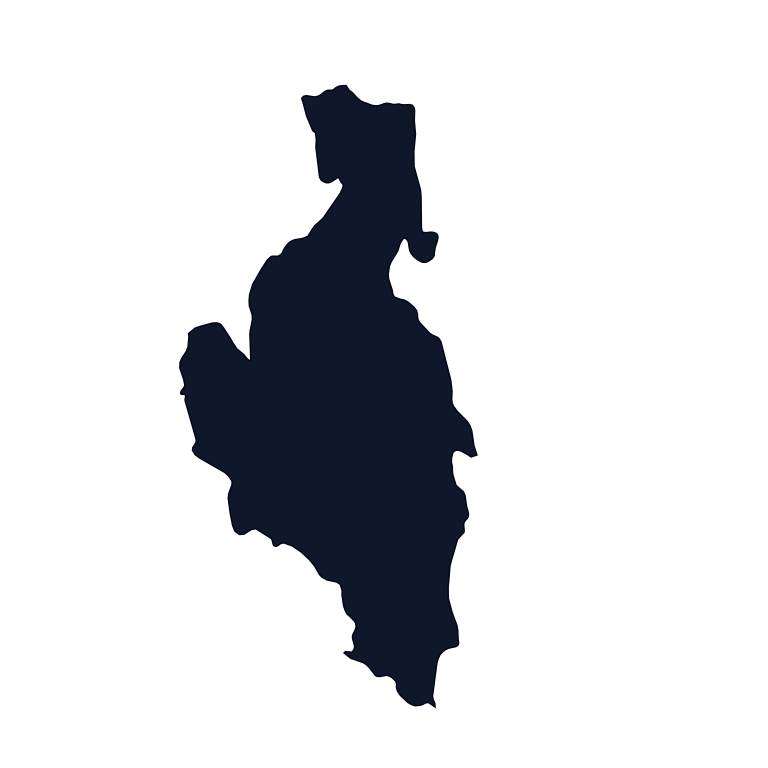 outline of Nagaland, rotated 130°
{"feature_id": "IND-2479", "entity_name": "Nagaland", "entity_type": "State", "adm_level": 1, "iso_a3": "IND", "parent_name": "India", "parent_adm1": "", "projection": "mercator", "projection_center": [94.35, 26.119], "detail": "fine", "context": "isolated", "style": "filled", "palette": "ink", "viewbox_px": 768, "rotation_deg": 130, "n_neighbors": 0, "source": "natural_earth", "source_scale": "10m", "svg_char_len": 4299}
<svg xmlns="http://www.w3.org/2000/svg" viewBox="0 0 768 768"><g transform="rotate(130 384 384)"><path d="M615.7,241.7L613.8,241.5L609.9,235.9L605.5,236.6L603.2,238.5L599.8,243.6L597.8,245.8L595.4,246.9L590.1,248.2L587.9,249.3L585.6,251.8L584.7,253.8L583.9,261.6L584.0,263.3L583.7,265.1L582.4,268.1L579.9,272.3L572.7,280.4L569.0,283.4L565.6,288.7L566.1,293.0L570.8,301.9L571.8,307.1L571.4,311.1L568.0,320.2L566.4,328.7L565.9,339.5L567.0,350.3L570.0,358.4L571.9,360.2L573.9,361.0L575.9,361.4L577.8,362.5L578.7,364.6L577.5,366.6L575.8,368.7L574.8,371.0L577.2,389.1L580.5,392.0L589.1,394.8L592.2,398.1L592.5,403.7L589.6,409.1L582.0,418.5L571.8,429.7L567.8,432.4L558.7,435.7L555.9,438.2L554.3,444.1L554.1,449.3L559.1,477.1L559.5,483.2L557.9,488.0L555.8,489.5L550.6,490.2L548.3,491.1L546.5,493.2L524.7,525.5L523.8,526.4L521.2,527.8L520.3,528.7L520.1,530.1L522.1,532.6L521.9,533.8L519.6,534.9L514.8,535.0L512.7,535.9L509.2,540.4L503.0,550.6L498.7,554.0L494.2,555.4L485.8,556.4L481.1,558.2L473.2,563.8L471.0,566.1L470.9,566.1L462.7,564.6L458.7,562.3L447.4,554.4L444.5,551.1L443.3,548.1L443.6,545.1L447.9,530.9L449.7,526.2L451.7,519.2L451.6,510.2L452.5,506.5L452.7,504.4L452.5,501.9L451.6,501.4L450.3,502.3L432.2,518.6L428.8,520.9L418.9,526.4L415.8,529.3L410.7,537.3L407.1,540.7L402.0,544.3L392.2,548.6L374.4,551.8L364.1,553.0L360.6,552.7L358.7,552.2L358.2,551.9L357.8,551.6L356.3,549.8L355.0,547.9L353.0,546.8L349.9,546.0L343.9,547.5L340.0,547.7L336.7,547.6L333.7,546.6L330.7,545.0L325.8,540.6L323.1,538.9L319.8,537.3L312.4,538.2L307.5,538.8L296.3,537.2L265.6,540.1L260.3,541.7L257.5,543.2L257.2,545.1L256.6,547.4L255.2,550.8L255.0,551.7L255.0,551.8L255.5,552.1L263.1,554.4L265.2,555.6L266.7,557.3L267.6,559.5L268.1,561.7L268.1,563.3L266.9,566.3L246.4,588.3L240.3,592.9L235.5,597.9L235.7,599.1L235.6,601.6L228.3,615.7L220.1,627.3L219.1,629.2L217.7,630.7L215.4,630.5L213.1,628.9L209.9,623.5L208.3,621.2L206.1,619.6L203.4,618.4L197.9,617.3L195.8,616.3L194.3,614.9L192.4,612.6L191.8,612.2L190.7,611.8L189.2,611.6L187.4,611.1L185.6,610.3L184.0,609.3L181.7,607.0L179.8,604.9L181.4,599.4L181.2,595.3L182.1,588.4L182.1,583.8L181.1,580.0L180.0,577.5L178.5,572.8L177.0,570.1L174.6,567.3L171.9,565.5L169.3,564.1L167.0,562.2L165.5,559.8L164.1,556.9L162.6,555.0L161.0,553.7L160.1,552.7L159.6,552.1L159.5,551.6L158.5,549.8L157.1,547.8L153.5,543.9L152.3,541.6L152.9,538.8L154.7,536.5L162.8,530.1L172.5,520.4L186.6,510.7L198.0,500.9L211.7,481.1L216.3,476.4L239.8,456.2L242.0,453.8L242.8,452.2L242.3,450.8L241.2,449.2L237.4,445.5L236.0,443.4L235.2,441.1L235.3,438.9L237.0,436.9L240.0,435.2L246.7,432.5L252.1,429.2L253.2,428.2L254.8,427.8L257.3,427.8L261.6,429.0L264.0,430.3L265.9,432.7L266.8,435.7L267.3,439.3L267.3,443.2L266.7,446.5L265.6,449.3L263.7,451.9L259.7,456.4L258.7,458.7L258.5,460.1L258.8,461.9L259.8,462.8L262.0,462.7L266.3,461.9L273.5,459.0L285.4,457.2L290.1,455.8L297.5,451.2L300.7,447.9L307.0,437.9L309.0,435.8L310.1,433.6L310.7,431.7L308.7,426.1L307.1,423.3L306.5,421.3L306.0,419.0L305.8,417.3L306.0,409.9L306.9,406.3L309.3,402.9L311.6,400.9L313.1,398.8L314.0,396.5L315.8,381.8L315.5,378.7L313.8,372.7L314.0,370.6L315.2,367.4L338.3,335.2L346.0,327.1L352.3,322.3L354.7,319.7L356.4,316.6L357.9,310.3L359.2,296.3L360.7,291.4L363.6,286.5L373.3,275.7L378.7,267.2L383.9,270.4L384.2,274.0L385.7,281.7L385.8,282.0L386.7,284.2L388.1,286.0L390.2,287.1L392.8,287.0L397.1,284.8L400.2,282.5L403.2,278.8L407.2,275.2L409.5,272.7L415.3,263.8L415.5,259.0L415.5,256.7L415.6,253.9L417.3,250.4L424.8,242.0L427.2,238.3L429.5,235.6L431.3,234.2L433.5,233.9L437.1,234.0L439.6,233.3L442.2,231.0L444.4,228.6L446.5,227.3L448.6,227.6L455.7,227.8L475.5,219.1L480.7,216.7L498.9,203.9L507.0,196.8L515.2,185.1L522.1,173.0L525.1,169.4L532.0,163.1L534.0,160.8L535.7,159.6L537.6,159.6L539.1,160.3L544.8,164.7L547.6,166.1L551.1,166.9L555.4,167.2L560.1,165.8L563.4,164.4L591.8,146.3L592.1,146.2L592.7,145.3L594.2,143.5L596.0,139.8L598.6,137.3L599.4,145.3L601.8,147.4L604.0,148.1L606.5,149.5L610.4,153.3L611.9,157.1L612.6,161.1L612.0,171.3L611.3,174.0L610.4,176.3L609.2,178.4L607.9,179.9L606.2,181.0L604.8,182.5L604.0,184.6L603.7,189.3L604.3,192.5L605.8,195.1L610.5,199.0L612.3,201.2L612.8,203.2L610.9,211.6L610.3,216.4L610.5,219.4L610.9,221.3L615.5,233.3L615.7,241.6L615.7,241.7Z" fill="#0f172a" stroke="#020617" stroke-width="1.5"/></g></svg>